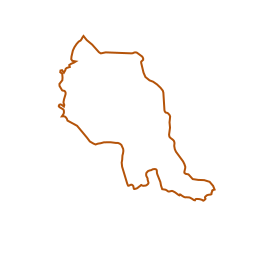 the border of Dihok, rotated 58°
{"feature_id": "IRQ-3046", "entity_name": "Dihok", "entity_type": "Province", "adm_level": 1, "iso_a3": "IRQ", "parent_name": "Iraq", "parent_adm1": "", "projection": "mercator", "projection_center": [43.4, 37.034], "detail": "fine", "context": "isolated", "style": "outline", "palette": "amber", "viewbox_px": 256, "rotation_deg": 58, "n_neighbors": 0, "source": "natural_earth", "source_scale": "10m", "svg_char_len": 3217}
<svg xmlns="http://www.w3.org/2000/svg" viewBox="0 0 256 256"><g transform="rotate(58 128 128)"><path d="M75.7,78.1L77.1,78.3L78.2,79.0L78.7,81.6L79.7,82.3L89.3,85.5L94.0,86.2L99.0,84.5L102.0,82.2L106.4,80.3L111.1,79.1L114.8,78.7L116.8,79.3L132.1,87.6L132.9,87.9L133.9,88.0L134.9,87.8L136.0,86.7L137.0,86.2L139.2,85.9L140.6,86.2L143.7,88.6L145.2,89.8L150.0,92.2L155.4,96.7L157.3,97.5L158.8,97.3L161.7,96.2L163.1,95.9L164.6,96.2L165.6,96.7L167.7,98.3L170.7,99.5L173.5,99.9L185.5,99.0L188.5,99.3L191.3,100.0L192.4,100.8L194.9,103.3L195.8,103.9L197.3,103.5L199.4,101.3L205.6,100.2L209.2,96.0L212.6,91.0L216.9,87.3L222.2,86.5L226.1,87.2L225.5,89.3L225.9,90.0L226.3,90.1L226.6,90.4L226.8,91.0L227.1,91.4L227.3,91.6L227.6,91.7L227.8,91.9L228.2,92.1L228.3,92.5L228.3,93.0L227.3,95.1L227.0,96.1L226.9,96.6L226.9,97.2L227.1,98.0L227.2,98.9L227.5,99.3L227.8,99.6L228.2,99.7L228.9,99.8L229.1,99.8L229.3,100.1L229.6,101.7L229.6,102.3L229.5,102.7L228.2,103.3L227.0,104.3L226.1,105.2L224.7,107.1L224.3,107.9L224.2,108.5L224.8,109.5L224.5,109.9L223.9,110.4L222.4,111.0L220.0,112.3L219.3,112.9L217.6,115.3L217.2,116.1L216.5,116.8L215.5,117.4L213.4,118.4L212.4,118.7L211.9,119.1L212.1,119.5L212.4,119.8L212.4,120.1L211.8,120.5L207.5,122.2L205.4,123.4L204.7,124.0L204.3,124.9L203.8,126.5L203.4,127.2L202.8,127.7L201.9,128.0L200.3,128.8L198.0,131.4L194.3,130.5L191.0,129.2L182.9,127.7L181.5,127.3L179.5,126.2L178.9,126.0L178.4,126.0L178.0,126.1L177.6,126.4L177.1,126.9L176.8,127.4L176.2,128.7L176.1,129.1L176.1,129.6L176.0,130.8L175.5,132.0L175.3,133.0L175.2,133.6L175.2,134.1L175.3,134.5L175.6,135.2L175.6,135.6L175.8,136.1L176.1,136.5L177.3,137.4L177.9,137.7L178.6,137.9L180.2,138.0L181.1,138.1L182.1,138.7L184.1,139.3L184.8,139.5L185.4,139.7L185.8,140.2L186.1,140.9L186.2,141.6L186.3,142.3L186.3,143.0L186.1,143.7L185.1,145.7L184.5,146.3L184.0,146.7L183.4,146.9L183.3,147.3L183.5,148.1L183.6,148.6L183.6,149.1L183.6,149.5L183.7,149.8L183.7,150.5L183.8,151.0L183.9,151.5L183.9,152.2L183.7,153.2L183.2,154.8L182.8,155.2L182.4,155.2L182.0,155.0L180.0,154.3L178.9,154.5L178.1,154.9L177.7,155.5L177.5,156.2L177.5,157.0L177.4,157.7L177.1,158.4L176.3,158.4L174.6,158.1L157.7,153.5L154.0,151.7L151.9,149.8L148.4,147.3L146.8,145.6L145.0,144.1L143.2,143.2L138.8,142.6L136.9,143.3L135.3,144.5L134.4,146.0L130.8,150.4L127.4,156.0L126.4,159.3L125.3,161.9L124.8,164.2L123.0,165.5L119.2,167.5L114.5,167.9L99.2,170.0L89.6,175.4L88.2,175.0L86.5,175.0L85.2,175.3L84.1,176.1L83.1,177.9L82.1,175.6L81.5,174.7L80.6,173.9L79.0,173.1L78.0,173.0L73.9,175.1L72.7,175.1L71.9,173.9L72.2,172.8L73.2,172.0L75.8,171.0L74.8,169.9L73.9,169.6L73.0,169.5L71.9,169.0L69.8,167.1L66.3,163.1L65.2,162.3L63.8,162.0L62.8,162.3L62.1,163.0L61.6,163.6L61.1,163.9L56.1,163.8L54.3,162.8L52.7,158.4L50.7,156.9L47.1,155.0L44.8,155.9L43.5,154.8L44.0,153.3L47.1,153.0L45.8,150.6L44.8,149.5L44.6,148.2L45.4,145.0L43.5,144.5L43.4,142.2L43.9,139.2L43.9,137.0L41.6,139.6L39.6,139.7L37.5,138.1L33.1,133.7L31.1,130.6L29.5,127.1L28.6,124.0L28.7,121.9L28.0,120.2L27.1,118.7L26.4,117.0L31.6,116.4L38.3,114.2L48.3,112.5L50.2,111.6L50.6,110.8L52.0,106.9L66.6,85.4L67.1,84.3L67.2,83.3L67.5,82.2L68.2,81.1L68.9,80.5L74.7,78.2L75.7,78.1Z" fill="none" stroke="#b45309" stroke-width="2"/></g></svg>